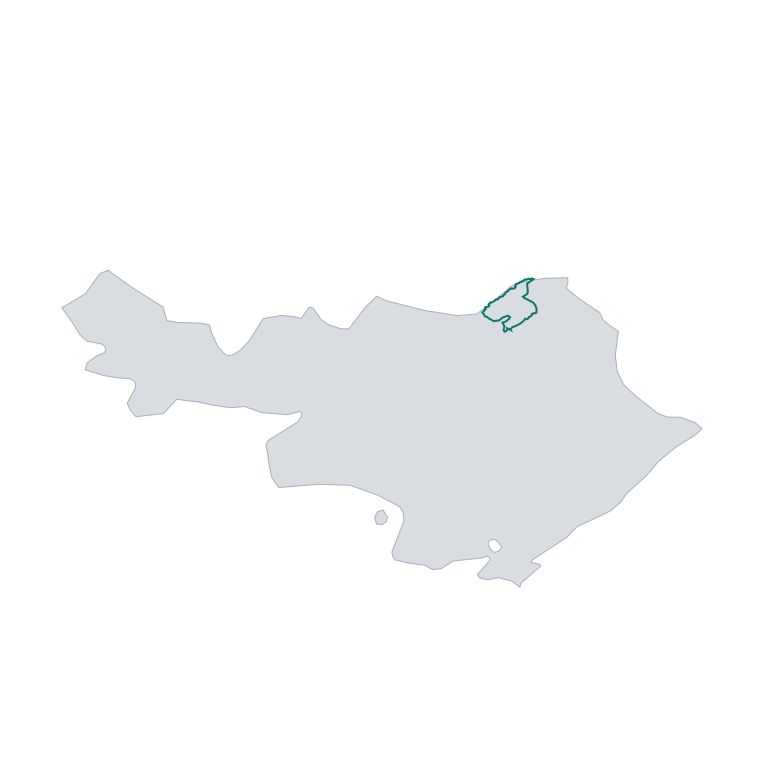 Armavir, Armavir, Armenia shown in context, rotated 148°
{"feature_id": "60910142B17839565239341", "entity_name": "Armavir", "entity_type": "district", "adm_level": 2, "iso_a3": "ARM", "parent_name": "Armenia", "parent_adm1": "Armavir", "projection": "orthographic", "projection_center": [44.066, 40.108], "detail": "fine", "context": "in_parent", "style": "outline", "palette": "teal", "viewbox_px": 768, "rotation_deg": 148, "n_neighbors": 0, "source": "geoboundaries", "source_scale": "gbopen_adm2", "svg_char_len": 4922}
<svg xmlns="http://www.w3.org/2000/svg" viewBox="0 0 768 768"><g transform="rotate(148 384 384)"><path d="M343.6,462.3L338.2,453.6L311.0,425.2L285.8,403.3L268.6,394.3L251.4,395.3L224.5,399.7L214.7,397.9L191.3,388.3L171.9,376.8L174.6,372.1L178.7,368.7L173.8,353.9L163.2,330.0L164.3,322.6L161.0,312.3L157.3,304.5L172.6,285.9L179.6,271.0L181.1,256.4L177.2,241.3L167.3,213.9L161.3,205.9L149.9,198.4L140.5,186.2L138.1,177.5L146.2,175.9L169.6,175.8L192.2,172.9L210.0,167.3L235.7,162.6L246.2,158.3L258.6,156.3L296.1,160.7L310.1,157.1L352.3,156.2L353.4,154.4L347.6,148.7L347.7,146.5L372.7,142.6L376.6,139.8L380.0,149.0L389.5,159.1L399.9,163.0L405.5,168.6L405.8,172.9L387.6,178.3L386.4,180.9L387.6,183.4L393.1,184.6L418.9,197.1L433.5,197.2L441.3,200.9L445.2,208.5L457.6,218.7L467.5,228.7L468.2,232.2L466.4,237.3L439.4,257.5L436.0,264.4L435.7,271.6L448.1,292.9L466.3,316.0L492.3,333.4L528.1,352.0L528.8,363.9L523.5,378.3L518.8,388.1L516.8,394.6L512.5,397.5L477.1,397.6L471.8,400.0L469.5,402.8L469.4,405.1L482.2,409.2L502.4,424.1L514.1,438.7L526.2,444.9L539.9,456.3L550.9,467.1L568.0,480.9L586.5,475.8L611.8,487.7L613.1,496.3L611.8,504.0L596.2,512.8L594.4,516.3L594.5,519.2L596.6,523.2L606.0,529.9L617.2,539.7L629.9,554.5L624.5,559.2L613.1,560.2L604.1,558.6L601.1,561.7L601.4,566.7L613.3,577.9L615.8,586.3L615.7,600.9L616.8,619.3L589.5,618.8L566.4,628.2L557.6,626.6L551.4,611.1L546.1,598.5L530.6,566.3L534.4,552.8L526.0,545.3L505.9,531.8L500.7,526.2L503.3,518.3L505.0,503.8L502.9,492.2L497.5,488.8L487.6,488.8L475.7,491.9L451.8,503.5L434.9,496.6L425.2,489.4L419.5,483.5L407.1,488.7L404.0,486.3L403.1,471.3L399.3,463.2L391.6,453.9L384.6,449.4L359.0,459.0L343.6,462.3ZM380.6,193.3L381.3,187.9L380.1,183.0L376.0,181.5L370.9,182.8L370.6,188.2L372.2,193.4L377.3,195.6L380.6,193.3ZM462.9,275.6L457.1,279.1L451.6,277.6L451.5,269.3L455.4,265.8L460.0,265.9L464.4,268.9L462.9,275.6Z" fill="#d9dde1" stroke="#a8b0b8" stroke-width="1"/><path d="M233.5,363.3L232.2,363.6L231.6,363.7L229.6,364.6L228.9,363.5L228.1,363.1L227.4,363.1L225.7,364.0L222.8,363.6L221.8,364.9L220.3,364.7L219.7,364.9L218.7,364.0L217.0,363.7L214.7,367.1L214.0,370.5L214.2,373.8L216.3,377.4L217.8,380.0L219.4,382.4L219.9,384.4L215.4,384.4L213.4,385.6L211.8,388.7L209.3,393.4L206.4,393.4L201.6,393.7L202.0,394.1L202.2,394.5L202.5,394.9L202.8,395.3L203.4,395.2L203.7,395.2L204.2,395.4L204.6,395.7L204.8,396.1L205.2,396.2L205.5,396.4L205.8,396.7L206.3,396.7L206.6,396.8L207.0,397.1L207.3,397.1L207.8,397.0L208.0,397.2L208.4,397.2L208.6,397.5L208.9,397.8L209.2,397.9L209.5,397.9L209.8,398.1L210.1,397.9L210.6,397.8L211.3,397.6L212.0,397.6L212.3,398.0L212.6,398.1L212.9,397.9L213.2,397.9L213.5,398.1L213.8,398.0L214.2,398.0L214.5,398.3L214.8,398.3L215.2,398.2L215.5,398.3L215.9,398.1L216.2,398.0L216.4,398.2L216.6,398.4L216.9,398.4L217.2,398.4L217.4,398.5L217.7,398.7L218.0,398.7L218.3,398.5L218.6,398.5L219.0,398.7L219.3,398.8L219.7,398.5L220.1,398.2L220.3,397.9L220.4,397.6L220.4,397.3L220.5,397.0L221.2,396.9L221.5,396.9L221.5,396.6L221.4,396.5L221.3,396.4L221.5,396.2L222.0,396.0L222.5,396.0L222.8,396.0L223.3,396.2L223.7,396.3L224.0,396.4L224.2,396.7L224.3,396.8L224.5,397.0L224.8,397.2L225.1,397.2L225.3,397.5L225.5,397.8L225.9,397.8L226.4,397.6L226.7,397.7L227.1,397.5L227.6,397.5L228.0,397.5L228.3,397.4L228.6,397.4L229.1,397.4L229.4,397.2L229.7,397.2L230.2,397.0L230.4,397.0L230.9,397.0L231.2,397.1L231.5,396.9L231.9,397.0L232.1,397.1L232.6,397.0L233.0,396.7L233.4,396.4L233.7,396.1L234.1,395.9L234.5,396.0L235.0,396.2L235.4,396.2L235.8,396.1L236.1,395.9L236.2,395.6L236.5,395.4L237.0,395.4L237.5,395.5L238.1,395.8L238.6,395.9L239.2,396.2L239.7,396.3L240.1,396.3L240.5,396.3L240.9,396.2L241.4,396.0L241.5,395.7L241.8,395.6L242.3,395.5L242.8,395.5L243.2,395.7L243.4,395.9L243.5,395.9L243.8,396.2L244.2,396.5L244.6,396.5L245.0,396.5L245.4,396.1L245.6,396.0L246.0,395.9L246.7,396.0L247.3,396.0L247.9,396.1L248.4,396.1L248.9,396.0L249.3,396.1L249.6,396.1L249.9,396.4L250.0,396.5L250.2,396.8L250.4,396.9L250.8,396.9L251.1,396.6L251.4,396.4L251.7,396.3L252.1,396.3L252.7,396.3L253.1,396.2L253.3,395.9L253.3,395.7L253.3,395.3L253.2,394.9L253.2,394.7L253.5,394.4L253.9,394.3L254.1,394.3L254.6,394.3L255.1,394.4L255.7,394.6L256.2,394.8L256.5,395.0L256.7,395.5L256.8,395.6L257.0,395.5L257.4,395.4L257.7,395.3L257.8,395.1L257.8,394.8L257.8,394.4L257.9,394.0L258.1,393.6L258.4,393.5L258.7,393.5L258.9,393.8L259.2,393.9L259.5,393.7L260.0,393.2L260.4,393.0L260.8,392.9L261.2,393.0L261.3,393.0L261.6,392.8L261.9,392.6L262.2,392.4L262.6,392.4L262.5,391.5L262.3,389.7L262.6,387.9L260.9,386.0L260.4,384.2L258.9,381.6L257.8,379.2L256.0,378.5L252.6,376.9L248.2,377.5L245.2,376.8L242.6,376.1L241.7,373.8L244.1,372.9L248.0,372.5L251.0,373.3L251.2,371.4L251.2,369.2L252.7,367.8L254.2,366.0L253.8,364.3L251.0,364.3L250.1,366.1L249.0,364.7L247.9,362.5L247.8,363.4L247.6,363.5L246.1,363.9L245.2,364.1L240.6,363.3L236.4,363.1L233.5,363.3Z" fill="none" stroke="#0f766e" stroke-width="2"/></g></svg>